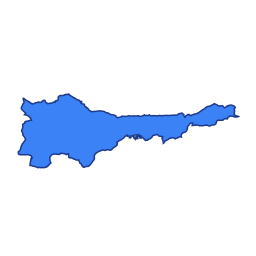 Bunila, Hunedoara, Romania (Equal Earth projection), rotated 177°
{"feature_id": "2599482B98386193513706", "entity_name": "Bunila", "entity_type": "district", "adm_level": 2, "iso_a3": "ROU", "parent_name": "Romania", "parent_adm1": "Hunedoara", "projection": "equal_earth", "projection_center": [22.627, 45.695], "detail": "fine", "context": "isolated", "style": "filled", "palette": "blue", "viewbox_px": 256, "rotation_deg": 177, "n_neighbors": 0, "source": "geoboundaries", "source_scale": "gbopen_adm2", "svg_char_len": 5962}
<svg xmlns="http://www.w3.org/2000/svg" viewBox="0 0 256 256"><g transform="rotate(177 128 128)"><path d="M210.8,160.1L212.5,159.2L213.0,158.3L214.9,158.2L215.6,158.4L215.9,158.7L216.6,158.3L217.3,158.3L219.7,157.8L221.1,157.1L222.0,157.0L222.6,157.1L222.8,157.7L224.3,158.0L224.6,158.8L226.6,160.1L228.4,161.0L230.0,162.7L230.9,163.2L231.1,163.0L231.1,162.1L230.4,159.2L231.0,158.0L231.6,157.6L232.4,155.7L233.2,154.6L233.5,153.8L233.4,152.4L229.4,148.1L230.7,146.7L228.5,146.2L226.5,145.0L224.5,142.4L224.0,140.8L225.7,140.7L227.7,140.2L230.1,139.9L230.8,139.3L230.8,139.1L230.6,138.6L232.7,137.3L233.0,136.9L233.0,134.5L233.6,132.4L234.3,131.6L234.3,130.3L233.5,128.6L233.3,127.5L233.3,126.2L231.5,123.9L231.0,121.6L233.2,119.0L233.4,118.5L234.7,117.3L234.9,116.4L235.6,115.6L235.5,114.8L235.9,114.4L236.2,113.2L237.0,111.5L237.4,110.9L238.3,110.4L238.8,109.9L238.9,109.1L238.5,108.5L238.7,107.8L238.3,107.4L237.6,107.1L236.2,106.9L231.2,106.6L229.7,106.8L225.9,105.3L225.8,105.0L225.8,104.0L225.2,103.3L225.5,102.7L226.1,102.8L226.5,102.6L226.3,102.0L226.6,101.8L226.5,101.2L227.1,100.0L227.0,99.4L227.3,98.9L227.4,98.0L227.7,97.3L227.8,95.7L226.3,95.6L225.7,95.1L221.8,94.0L219.8,93.0L219.3,93.3L218.6,93.3L217.5,92.9L216.6,93.2L215.6,92.8L213.6,92.9L213.1,92.8L212.2,93.3L211.3,93.2L211.0,93.9L210.2,94.0L210.1,94.4L209.4,94.7L208.7,95.6L208.3,95.8L207.8,96.4L206.8,97.1L207.1,98.2L207.5,98.9L207.7,102.3L207.6,102.8L206.0,104.9L205.3,105.5L202.0,105.9L200.9,105.6L198.0,105.2L197.3,105.5L196.2,106.4L195.7,106.1L192.4,105.7L192.4,105.4L191.2,104.7L190.6,104.7L190.0,105.2L188.9,105.5L188.7,103.8L188.7,102.0L188.5,101.5L186.9,101.1L186.4,101.3L185.6,101.0L183.7,99.8L182.3,99.4L182.1,99.1L181.2,98.7L178.8,98.5L178.9,98.0L178.2,96.6L177.9,95.4L176.6,94.5L175.9,92.7L175.3,91.8L174.2,91.1L173.6,91.0L172.8,91.6L169.3,91.9L167.4,93.5L164.4,97.2L163.8,97.8L163.3,98.6L163.1,99.1L163.3,100.2L163.0,100.8L163.2,102.1L162.6,103.1L161.6,104.0L161.4,104.5L158.1,106.3L156.9,106.5L154.6,107.4L152.3,106.8L149.3,107.4L148.3,107.3L147.7,106.8L146.1,106.9L145.3,107.4L144.3,108.6L141.2,110.4L140.0,111.3L139.4,113.2L140.1,114.3L138.2,115.2L137.5,115.8L136.2,116.2L133.4,117.9L132.7,118.4L131.4,119.8L129.3,121.0L129.1,120.4L129.4,120.3L129.5,120.1L129.1,119.8L127.6,120.1L127.3,119.3L127.2,118.2L126.3,118.2L125.9,118.0L125.6,118.2L125.7,119.1L125.5,119.9L124.8,120.0L124.0,119.7L123.5,120.0L122.7,120.0L122.7,120.3L122.5,120.5L118.2,120.8L118.4,120.5L119.0,120.4L118.9,120.1L119.6,119.3L119.6,118.9L120.3,118.6L120.2,118.3L120.3,118.1L121.1,118.6L121.9,118.3L122.4,118.6L123.0,118.6L122.4,117.5L121.1,116.1L120.3,117.2L119.7,117.5L119.3,116.9L118.7,117.0L119.1,117.9L119.0,118.7L118.8,118.8L118.3,118.8L116.9,119.6L116.5,119.5L116.3,119.7L116.4,119.9L116.1,119.9L115.3,119.3L115.7,119.0L116.6,118.9L116.7,117.5L115.5,117.2L115.5,118.2L114.9,118.4L114.3,118.2L112.9,116.3L112.1,116.2L111.5,114.7L111.3,114.6L109.1,114.8L108.4,115.5L106.1,116.4L105.1,117.1L104.2,118.0L103.9,118.8L103.0,119.4L101.4,119.5L99.2,120.0L98.7,119.7L97.8,118.5L96.5,118.0L94.3,117.9L93.9,117.5L93.8,116.8L94.4,116.6L94.6,115.7L94.3,115.2L93.9,113.9L93.4,111.4L93.5,110.9L93.1,111.1L91.8,113.0L88.9,114.3L86.9,115.5L83.5,116.0L82.8,115.7L81.5,114.7L80.9,115.0L79.2,115.5L77.3,116.3L76.4,116.5L75.1,116.2L75.3,117.1L75.3,117.8L75.0,118.7L74.5,119.4L73.5,120.3L71.1,120.9L70.1,121.6L69.2,122.9L68.6,124.9L68.5,126.3L65.3,129.6L63.7,129.6L63.1,129.4L63.8,127.2L62.1,127.1L60.7,127.6L60.1,127.1L59.0,127.4L57.9,127.2L56.6,126.5L53.3,126.4L50.4,126.7L48.6,126.6L47.6,126.0L46.2,125.7L43.7,126.7L42.3,126.5L41.4,126.7L40.1,127.5L38.9,130.5L37.5,131.2L36.6,130.8L35.7,131.0L33.5,130.8L32.4,131.1L32.0,131.4L31.7,132.0L31.4,132.1L29.7,132.2L28.5,131.8L28.2,131.9L28.0,132.8L27.5,133.5L25.7,134.4L25.0,134.5L23.6,134.4L20.4,133.3L17.8,133.4L17.1,133.7L19.9,134.8L21.4,135.8L21.0,136.8L21.0,137.7L20.6,139.4L20.9,141.3L20.7,141.9L20.1,142.3L19.8,142.8L20.3,143.8L21.6,144.7L23.5,145.5L25.8,145.4L26.1,145.3L26.4,144.7L27.6,144.9L28.4,144.5L29.6,143.4L30.4,143.2L31.0,143.5L31.9,144.7L32.5,145.2L36.6,145.3L37.7,146.3L40.5,147.8L42.5,146.7L44.3,146.0L44.8,145.5L46.4,145.5L48.5,144.9L51.1,142.9L52.5,142.4L57.1,139.3L57.7,139.3L58.7,138.7L60.0,138.4L61.1,138.5L61.8,138.1L63.8,137.5L64.6,137.0L65.4,137.4L65.6,137.8L65.9,138.1L67.1,138.4L69.5,137.2L70.0,136.5L70.3,135.9L70.6,135.8L71.8,137.6L71.5,138.6L73.0,139.6L73.2,140.1L76.7,139.5L78.4,138.3L81.2,138.5L81.9,138.3L83.8,138.5L85.5,138.3L89.5,138.6L93.7,138.5L96.0,138.9L97.3,138.6L99.7,138.7L101.9,139.1L103.5,138.8L105.1,139.2L105.9,140.0L107.4,139.4L108.9,139.6L109.9,139.5L110.3,139.6L110.7,140.2L110.9,140.3L112.2,139.6L114.2,138.9L116.1,139.1L116.5,139.6L117.2,139.7L119.5,139.5L121.3,139.8L123.4,139.7L125.0,139.8L125.6,140.1L126.9,140.1L129.2,139.6L130.4,139.9L131.7,139.8L133.1,140.2L134.1,139.8L134.8,139.3L137.8,138.8L139.2,139.8L139.6,140.9L140.6,141.4L143.3,142.2L144.4,142.3L145.0,142.7L146.0,143.1L146.2,143.5L146.7,143.9L149.2,144.5L150.7,145.6L151.5,145.9L155.8,146.7L156.8,146.4L158.4,146.5L159.5,146.2L160.6,146.4L162.7,146.1L163.9,146.3L164.1,146.7L166.0,147.7L166.4,148.9L167.0,149.4L167.4,150.1L168.3,150.2L168.5,151.1L169.1,151.2L169.9,151.9L170.2,152.5L170.2,153.4L170.6,154.1L173.0,154.7L173.7,155.4L173.7,156.0L172.8,156.4L172.9,156.9L173.5,157.1L174.4,156.9L174.8,157.4L174.9,157.8L175.5,158.3L175.9,158.3L176.3,158.7L177.7,159.1L178.6,160.0L179.5,160.4L180.0,161.0L180.7,161.1L182.4,162.5L184.6,163.7L184.7,163.8L184.6,164.2L184.7,164.5L185.6,165.0L187.0,164.7L188.3,164.8L189.1,164.4L189.8,164.5L190.4,164.0L192.2,163.8L193.7,164.0L194.9,163.6L195.2,163.4L195.4,162.9L196.1,162.5L196.0,162.0L196.1,161.5L196.0,160.7L196.2,160.1L196.9,159.3L197.4,159.0L198.0,159.2L198.7,158.8L199.3,158.7L199.5,158.4L199.3,157.8L199.5,157.4L200.5,157.7L201.7,157.6L202.6,156.8L205.0,156.8L206.9,156.4L207.3,157.0L208.3,157.5L209.2,158.5L209.4,159.8L210.1,160.1L210.8,160.1Z" fill="#3b82f6" stroke="#1e3a8a" stroke-width="1.5"/></g></svg>